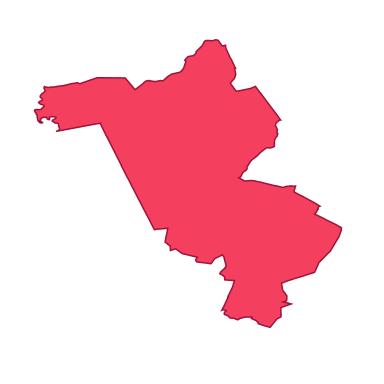 Daukstu pag., Gulbene, Latvia, rotated 170°
{"feature_id": "27541924B23871708016043", "entity_name": "Daukstu pag.", "entity_type": "district", "adm_level": 2, "iso_a3": "LVA", "parent_name": "Latvia", "parent_adm1": "Gulbene", "projection": "natural_earth1", "projection_center": [26.741, 57.077], "detail": "fine", "context": "isolated", "style": "filled", "palette": "rose", "viewbox_px": 384, "rotation_deg": 170, "n_neighbors": 0, "source": "geoboundaries", "source_scale": "gbopen_adm2", "svg_char_len": 5775}
<svg xmlns="http://www.w3.org/2000/svg" viewBox="0 0 384 384"><g transform="rotate(170 192 192)"><path d="M318.9,321.5L319.3,321.0L319.6,320.6L319.7,319.7L319.3,318.5L319.2,317.8L319.2,317.1L319.4,316.7L319.7,316.4L321.2,315.5L322.5,315.0L324.2,313.6L324.6,313.2L325.0,312.3L324.9,311.7L323.5,309.6L323.4,309.3L323.4,308.9L323.5,308.5L323.8,308.3L324.5,308.0L325.8,307.8L326.4,307.6L327.3,307.1L327.5,306.8L327.4,306.4L326.4,305.2L325.5,304.5L323.9,303.9L322.7,302.9L322.6,302.7L322.6,302.4L322.8,302.0L324.3,301.2L326.4,299.6L327.3,299.6L329.2,299.7L330.1,300.2L330.7,300.3L332.1,300.2L332.9,299.9L333.0,299.6L332.8,299.3L332.8,298.2L331.9,297.2L331.7,296.6L331.7,296.4L331.9,296.1L332.0,295.9L332.0,295.7L331.9,295.6L331.1,295.0L331.5,292.4L331.4,290.6L331.4,289.4L331.2,288.8L330.2,287.3L329.9,286.8L328.7,286.2L327.9,286.1L327.5,286.1L327.2,286.2L327.8,287.2L328.2,287.6L329.4,288.4L329.5,288.7L329.4,288.9L329.1,289.1L328.4,289.6L328.2,289.9L327.9,290.7L326.9,291.0L326.0,291.2L324.9,291.2L323.1,291.0L322.5,290.8L322.1,290.5L322.0,289.4L321.7,288.8L321.2,288.5L320.0,288.0L319.6,288.3L319.5,288.6L319.7,289.1L319.9,289.4L319.8,289.6L319.5,290.0L319.1,290.2L317.9,290.7L317.0,290.7L315.7,290.1L313.6,289.7L313.2,289.5L313.0,289.3L313.0,288.9L313.1,288.7L313.5,288.1L314.0,287.9L315.6,287.4L316.0,287.2L316.9,286.8L317.2,286.6L317.4,286.2L315.8,284.6L315.4,284.3L314.9,283.7L314.4,283.5L312.6,283.2L312.2,283.0L311.9,282.5L311.8,281.7L312.0,279.9L311.7,279.4L311.5,278.3L311.4,278.0L311.5,277.3L312.1,276.3L312.4,276.0L312.8,275.8L313.3,275.6L314.5,275.5L314.6,275.3L277.2,275.7L276.8,275.7L273.6,275.7L270.4,275.6L270.5,275.5L269.2,271.0L267.1,263.9L267.1,263.7L266.2,260.8L266.1,260.7L257.1,231.1L257.2,230.9L253.1,217.4L253.1,217.2L252.9,217.1L249.6,206.2L249.2,205.3L249.0,204.5L248.9,204.1L245.9,194.2L244.9,191.3L242.5,183.3L241.9,181.6L240.6,177.2L240.4,177.0L235.6,161.4L232.4,161.4L228.9,161.0L222.2,160.5L223.9,155.8L224.0,155.7L225.4,152.3L227.2,147.3L225.1,145.2L225.1,144.9L223.5,143.2L222.8,142.7L223.4,138.1L218.0,138.9L212.4,133.1L198.0,126.8L200.2,124.6L199.7,122.5L197.9,121.8L188.2,118.9L186.0,118.1L185.5,118.2L185.1,118.5L183.5,120.2L183.2,120.6L181.4,122.2L181.1,122.4L174.7,124.3L173.3,125.0L172.3,123.5L171.9,122.5L171.7,121.9L171.8,119.9L171.4,116.2L171.3,115.4L171.2,115.4L171.2,113.6L171.4,113.5L171.6,112.9L171.7,112.6L172.0,112.1L173.1,111.3L173.6,110.9L173.4,110.8L175.3,109.8L177.3,108.5L177.7,108.1L178.8,106.6L176.1,104.5L174.7,102.7L175.0,99.8L170.9,98.7L165.6,97.5L167.2,94.3L167.8,92.9L168.7,91.2L174.9,82.5L174.6,82.4L178.5,76.7L180.2,74.4L180.2,73.9L180.5,73.7L181.1,73.0L181.3,73.0L183.2,70.3L181.2,70.6L179.5,69.7L179.0,69.5L178.9,69.3L178.9,69.1L179.6,68.8L180.6,68.1L180.8,67.8L181.4,66.9L181.2,66.6L181.4,66.3L181.4,66.1L181.1,65.6L179.6,64.9L179.3,64.5L178.9,64.1L178.4,64.1L177.7,63.5L177.1,62.3L176.9,61.7L176.1,61.3L174.4,60.7L173.5,60.7L171.9,60.0L171.4,59.7L170.9,59.0L170.7,58.9L170.4,58.9L169.0,58.2L167.8,58.6L167.2,59.2L165.8,59.2L161.7,59.6L154.7,58.5L155.5,57.1L151.3,54.3L149.3,51.7L149.7,50.8L143.9,47.7L140.8,46.2L139.0,45.3L138.4,45.3L130.6,52.1L126.1,53.6L125.4,56.2L125.5,56.4L124.7,62.6L121.1,63.3L113.7,64.5L117.2,66.2L121.3,67.9L117.7,68.6L117.4,69.4L116.6,73.3L117.8,75.6L117.8,76.0L119.7,79.3L119.7,80.9L119.8,81.0L119.7,81.3L119.7,86.6L114.4,87.7L106.1,88.9L96.9,90.0L92.3,90.7L86.5,91.4L85.4,91.5L84.8,92.3L83.7,93.8L81.0,97.8L79.2,100.5L70.9,106.4L69.1,107.7L68.0,108.5L67.6,108.6L66.0,109.8L62.8,113.5L55.0,122.5L51.5,128.6L51.5,129.9L51.0,130.9L58.4,136.8L63.7,140.5L66.8,143.0L69.8,145.2L75.0,148.9L72.9,150.6L72.1,151.8L71.9,152.3L71.4,152.6L70.9,153.0L71.2,153.4L70.6,153.9L70.2,155.0L69.9,155.4L69.4,155.6L68.4,155.8L70.1,157.3L71.4,158.4L72.4,159.3L75.2,161.7L79.9,165.3L83.7,168.4L87.3,171.0L91.6,174.5L89.0,179.9L89.9,179.9L92.7,180.5L93.0,180.7L93.7,180.5L94.1,180.6L94.3,180.7L94.2,180.9L95.4,180.9L97.2,181.0L97.6,181.2L99.4,180.9L101.6,180.7L102.9,181.2L107.9,183.4L111.2,184.6L122.4,189.6L129.9,192.6L132.2,193.1L138.2,193.7L143.4,197.8L142.2,198.1L141.3,198.6L141.0,198.9L140.1,200.5L139.3,201.1L138.5,202.3L137.5,203.0L136.0,203.5L134.6,204.3L134.1,204.8L133.7,205.3L133.7,206.5L133.6,206.8L132.1,208.6L129.2,211.8L128.0,212.8L126.9,213.5L122.0,216.0L117.8,219.0L111.4,222.4L109.9,222.5L108.2,221.9L106.4,221.8L105.6,221.9L103.0,222.5L102.9,223.3L103.0,223.7L102.9,224.1L102.4,225.0L102.1,226.9L102.1,227.5L101.8,228.2L101.1,229.6L100.3,230.8L98.4,232.3L98.1,233.4L97.4,234.2L97.5,235.3L98.2,236.2L97.5,237.3L97.1,238.5L97.1,238.9L97.4,239.4L97.5,239.7L97.4,240.3L97.5,240.8L97.8,241.8L98.2,242.5L98.4,242.9L98.0,243.6L97.8,244.1L97.3,245.0L95.7,246.4L95.3,246.4L94.8,246.7L94.3,247.1L93.6,247.4L92.9,247.6L92.2,247.5L93.2,249.4L95.4,254.1L96.2,255.7L97.3,257.7L105.4,273.7L106.9,276.7L107.0,276.6L111.2,285.0L116.4,283.8L130.8,283.4L132.6,286.7L133.2,288.1L135.4,292.5L130.4,296.6L128.5,300.1L128.5,303.3L128.7,305.9L127.6,306.2L128.6,309.5L130.0,314.8L131.4,318.8L132.6,323.6L133.7,327.6L133.7,327.9L133.7,328.6L133.5,330.7L136.8,330.5L139.9,336.8L141.8,337.7L143.0,337.8L145.0,337.4L146.2,337.5L149.5,338.4L151.3,338.7L152.5,338.7L153.9,337.9L155.8,335.1L156.6,334.3L161.4,331.0L163.5,329.5L163.4,329.4L163.9,328.0L166.4,326.3L166.7,326.1L172.5,326.0L174.7,324.4L176.3,323.0L175.4,321.8L175.4,321.5L178.9,315.2L181.0,313.4L182.9,312.1L191.8,311.6L196.0,309.8L201.3,306.5L201.6,306.5L203.4,307.2L208.8,307.1L211.6,307.9L214.8,309.0L214.7,309.1L216.5,309.4L217.8,309.3L219.1,308.8L220.3,308.2L221.0,307.4L230.3,302.7L238.0,315.9L265.5,321.0L283.4,318.2L284.0,318.3L284.7,318.6L285.5,319.4L285.9,319.5L292.2,319.6L299.4,319.1L306.3,319.4L310.0,319.3L312.0,319.8L314.8,319.8L318.7,321.0L318.9,321.2L318.8,321.4L318.9,321.5Z" fill="#f43f5e" stroke="#9f1239" stroke-width="1.5"/></g></svg>